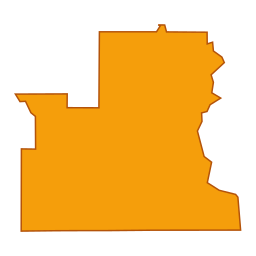 Franklin, Idaho, United States of America (Equal Earth projection)
{"feature_id": "52423323B56799864768265", "entity_name": "Franklin", "entity_type": "district", "adm_level": 2, "iso_a3": "USA", "parent_name": "United States of America", "parent_adm1": "Idaho", "projection": "equal_earth", "projection_center": [-111.772, 42.214], "detail": "fine", "context": "isolated", "style": "filled", "palette": "amber", "viewbox_px": 256, "rotation_deg": 0, "n_neighbors": 0, "source": "geoboundaries", "source_scale": "gbopen_adm2", "svg_char_len": 661}
<svg xmlns="http://www.w3.org/2000/svg" viewBox="0 0 256 256"><path d="M21.2,231.1L56.7,230.7L81.2,230.6L91.8,230.6L106.2,230.6L152.0,230.2L156.1,230.2L240.6,230.1L237.9,197.2L235.6,194.4L219.2,190.3L207.3,182.7L211.6,162.2L204.1,156.5L197.4,131.0L202.0,121.4L201.6,112.9L207.0,111.5L210.1,104.7L220.7,98.1L211.8,92.8L213.4,82.3L211.1,74.8L224.3,62.6L221.9,57.1L213.4,51.0L212.6,42.2L207.2,43.9L207.1,32.2L166.5,31.9L164.7,25.0L158.2,24.9L160.3,25.8L156.5,31.8L106.6,31.8L99.4,31.8L98.9,107.8L67.1,107.7L67.2,93.9L15.4,94.1L20.0,101.6L25.5,101.3L30.9,112.7L35.4,116.4L35.6,149.1L21.4,148.9L21.2,231.1Z" fill="#f59e0b" stroke="#b45309" stroke-width="1.5"/></svg>